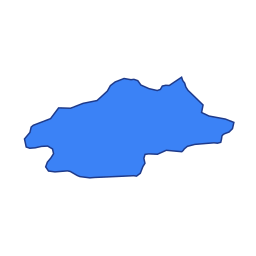 an SVG outline of Racha-Lechkhumi-Kvemo Svaneti, rotated 163°
{"feature_id": "GEO-3035", "entity_name": "Racha-Lechkhumi-Kvemo Svaneti", "entity_type": "Region", "adm_level": 1, "iso_a3": "GEO", "parent_name": "Georgia", "parent_adm1": "", "projection": "robinson", "projection_center": [43.138, 42.637], "detail": "fine", "context": "isolated", "style": "filled", "palette": "blue", "viewbox_px": 256, "rotation_deg": 163, "n_neighbors": 0, "source": "natural_earth", "source_scale": "10m", "svg_char_len": 1058}
<svg xmlns="http://www.w3.org/2000/svg" viewBox="0 0 256 256"><g transform="rotate(163 128 128)"><path d="M161.8,87.2L174.1,90.4L179.1,91.5L188.2,95.6L190.4,97.4L195.9,103.3L198.4,104.7L210.7,107.4L214.2,109.0L216.6,110.1L218.1,114.9L215.1,118.9L210.5,121.9L206.7,125.2L206.3,130.0L210.1,134.2L216.1,135.7L222.6,136.2L227.9,137.4L230.9,139.6L230.2,147.8L223.1,152.4L220.3,157.2L217.7,158.3L199.3,159.6L188.5,167.5L185.7,166.6L177.2,163.7L163.7,164.7L149.6,163.3L137.0,169.3L132.4,173.7L126.8,175.8L117.3,176.5L111.0,173.3L108.1,172.8L104.8,170.4L103.1,165.3L96.4,159.5L89.1,155.3L85.8,155.4L82.9,158.1L79.4,157.8L76.1,156.6L61.9,160.9L61.8,157.4L60.7,154.3L60.7,150.2L59.6,146.4L49.5,128.1L53.1,121.3L47.1,115.8L32.3,108.1L25.1,102.4L28.3,96.8L32.5,94.6L37.4,94.3L39.0,93.9L40.5,92.9L41.9,89.9L43.5,87.2L46.8,87.3L50.1,88.7L68.9,92.8L76.6,93.1L80.2,91.6L81.8,90.4L83.5,89.6L97.9,95.5L107.5,94.3L115.7,97.2L119.4,97.8L121.7,94.4L122.1,89.3L125.0,86.8L129.5,81.1L133.9,79.5L136.4,80.7L161.8,87.2Z" fill="#3b82f6" stroke="#1e3a8a" stroke-width="1.5"/></g></svg>